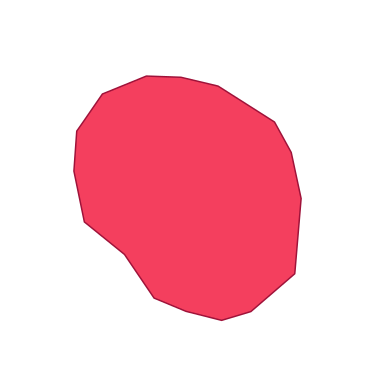 outline of Yevlakh City, Yevlakh, Azerbaijan, rotated 39°
{"feature_id": "54616110B78344971255813", "entity_name": "Yevlakh City", "entity_type": "district", "adm_level": 2, "iso_a3": "AZE", "parent_name": "Azerbaijan", "parent_adm1": "Yevlakh", "projection": "natural_earth1", "projection_center": [47.167, 40.614], "detail": "fine", "context": "isolated", "style": "filled", "palette": "rose", "viewbox_px": 384, "rotation_deg": 39, "n_neighbors": 0, "source": "geoboundaries", "source_scale": "gbopen_adm2", "svg_char_len": 425}
<svg xmlns="http://www.w3.org/2000/svg" viewBox="0 0 384 384"><g transform="rotate(39 192 192)"><path d="M290.4,275.6L295.8,273.1L313.0,247.9L323.3,190.9L322.2,189.2L280.9,128.4L244.2,98.8L212.1,85.7L145.6,93.3L111.2,109.8L83.6,130.6L83.2,131.3L60.7,172.2L63.3,205.6L64.1,217.2L87.1,250.1L127.2,283.0L148.7,283.0L178.8,283.0L229.3,298.3L262.5,288.5L290.4,275.6Z" fill="#f43f5e" stroke="#9f1239" stroke-width="1.5"/></g></svg>